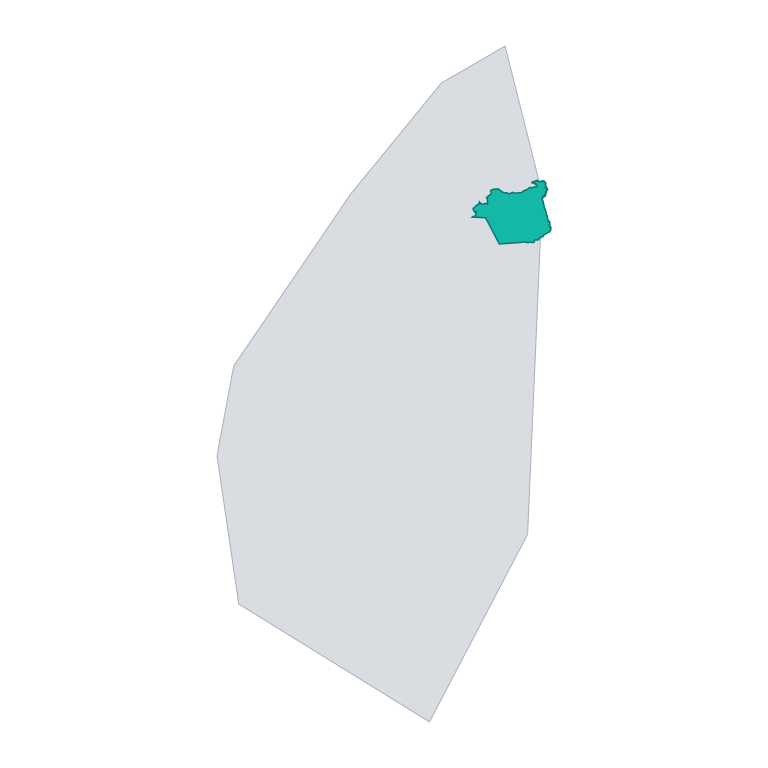 Des Barras, Dauphin, Saint Lucia (highlighted)
{"feature_id": "8701671B86108661761319", "entity_name": "Des Barras", "entity_type": "district", "adm_level": 2, "iso_a3": "LCA", "parent_name": "Saint Lucia", "parent_adm1": "Dauphin", "projection": "mercator", "projection_center": [-60.902, 14.001], "detail": "fine", "context": "in_parent", "style": "filled", "palette": "teal", "viewbox_px": 768, "rotation_deg": 0, "n_neighbors": 0, "source": "geoboundaries", "source_scale": "gbopen_adm2", "svg_char_len": 5424}
<svg xmlns="http://www.w3.org/2000/svg" viewBox="0 0 768 768"><path d="M527.6,534.3L429.5,721.9L238.8,604.1L217.0,455.9L233.7,366.0L350.4,194.4L441.4,83.0L505.1,46.1L542.3,194.1L527.6,534.3Z" fill="#d9dde1" stroke="#a8b0b8" stroke-width="1"/><path d="M487.9,222.1L499.3,244.0L521.1,242.4L522.7,242.0L523.4,242.0L524.0,242.2L525.9,242.2L526.7,242.3L527.7,242.8L528.2,242.8L528.4,242.7L529.3,242.0L529.9,242.0L530.4,242.3L532.2,242.6L532.7,242.6L533.3,242.5L533.6,242.4L534.0,242.1L534.5,241.5L534.7,240.2L535.0,239.9L535.5,239.8L536.9,239.9L537.5,240.1L537.8,239.9L538.0,239.7L538.5,239.7L539.4,238.3L539.5,237.9L541.4,237.3L542.1,236.8L543.1,236.5L543.1,236.1L543.3,235.7L543.5,235.2L544.1,234.8L544.9,234.2L545.2,234.1L546.0,233.8L546.9,233.3L547.7,232.6L548.4,232.3L549.4,232.0L549.7,231.7L550.0,231.0L550.9,229.7L550.9,229.4L550.9,229.1L550.7,228.5L550.6,228.3L550.5,228.2L550.6,227.8L550.8,227.7L551.0,227.4L550.9,227.3L550.3,227.5L550.0,227.4L549.9,227.1L549.8,226.8L550.0,226.7L550.3,226.7L550.2,226.3L550.1,226.2L549.9,226.5L549.7,226.4L549.8,226.0L550.0,225.9L550.0,225.7L549.9,225.6L549.9,225.2L549.5,225.1L549.7,224.8L549.7,224.7L549.4,224.7L549.7,224.2L549.7,223.9L549.7,223.4L549.5,222.8L549.6,222.6L549.8,222.4L549.9,222.1L549.9,221.9L549.7,221.7L549.3,221.4L548.7,221.3L548.5,221.1L548.0,221.1L548.2,220.7L548.2,220.4L548.1,220.0L548.0,219.5L547.7,218.7L547.5,218.0L547.4,217.4L547.5,216.9L547.4,216.5L547.4,216.1L547.1,216.0L547.0,215.9L546.4,214.7L546.4,214.2L546.4,213.5L545.7,210.9L545.3,209.7L544.9,209.1L544.5,208.2L544.3,207.6L544.3,206.6L544.0,205.8L544.0,205.2L543.9,204.8L543.8,204.5L543.6,204.3L543.2,203.6L543.2,202.8L543.3,202.7L543.4,202.8L543.5,202.4L543.4,201.8L543.2,201.2L542.9,201.1L542.3,200.3L542.3,199.9L542.4,199.7L542.4,199.2L542.1,198.2L542.3,197.8L542.5,197.8L542.7,198.0L542.8,197.6L543.0,197.6L543.1,197.4L542.9,197.3L542.6,197.4L542.9,197.3L542.7,197.0L542.7,196.8L542.7,196.7L542.9,196.8L543.2,196.5L543.6,196.4L543.9,196.1L544.1,196.1L544.1,196.3L544.1,196.5L544.3,196.7L544.5,196.6L544.5,196.3L544.3,196.2L544.7,196.2L545.1,196.1L544.9,196.1L544.7,196.1L544.4,196.0L544.9,195.9L545.0,195.8L545.0,195.7L545.3,195.6L545.2,195.4L544.8,195.4L544.9,195.2L545.0,195.3L545.0,195.1L545.3,195.1L545.6,195.1L545.8,194.9L545.7,194.5L545.7,194.3L545.6,194.2L545.4,194.1L545.5,193.8L545.4,193.6L545.4,193.4L545.4,193.1L545.7,193.2L545.8,193.1L545.6,193.1L545.7,192.9L545.3,192.3L545.5,192.1L545.9,191.9L545.9,191.7L546.1,191.7L546.3,191.6L546.5,191.6L546.5,191.4L546.3,191.2L546.5,190.9L546.6,190.7L547.0,190.5L547.0,190.4L547.4,190.0L547.5,189.8L547.7,189.4L547.6,188.8L547.2,188.3L546.5,188.2L546.3,188.2L546.1,188.4L545.9,188.4L546.0,188.3L546.0,188.2L545.7,188.2L546.1,188.1L546.2,187.9L546.3,187.7L546.3,187.4L546.1,187.4L546.2,187.2L546.0,186.8L546.1,186.5L546.2,186.4L545.9,186.2L545.5,186.0L545.5,185.9L545.4,185.9L545.6,185.8L545.6,185.7L545.4,185.7L545.5,185.3L545.4,185.1L545.4,184.9L545.6,184.6L545.4,184.4L545.5,184.3L545.6,184.2L545.8,184.1L545.7,183.6L545.8,183.4L545.6,183.2L545.4,183.2L545.4,182.7L545.2,182.4L545.3,182.3L545.3,182.2L545.1,182.1L545.0,182.3L544.9,182.1L545.0,182.1L544.8,181.9L544.7,181.9L544.1,181.7L544.5,181.7L544.4,181.3L543.9,181.2L543.7,181.3L543.7,181.5L543.2,181.6L542.9,181.5L542.7,181.4L542.7,181.2L543.0,181.1L543.2,180.9L542.9,180.8L542.8,180.7L542.7,180.7L542.3,181.0L541.9,180.8L541.2,181.3L541.0,181.5L540.7,181.5L540.3,181.7L540.2,181.7L540.1,181.9L539.8,181.8L539.6,181.9L538.9,181.4L538.3,180.9L538.0,180.6L537.9,180.6L537.2,180.9L536.7,181.0L536.6,180.9L536.5,180.6L536.4,180.7L536.1,180.7L535.2,181.0L534.7,181.2L534.2,181.6L533.7,181.8L533.0,181.8L532.1,182.1L532.2,183.1L532.7,183.1L533.5,183.0L534.7,183.0L534.8,183.1L534.6,183.4L534.7,183.6L535.3,183.5L535.5,183.8L535.3,184.0L535.3,184.3L535.6,184.6L536.3,184.5L536.6,184.7L536.8,185.3L536.9,186.3L536.4,186.6L535.1,186.8L533.0,187.3L531.8,187.7L529.5,187.5L528.7,188.2L528.0,189.0L526.7,189.7L524.9,190.3L524.1,190.6L523.3,191.1L522.3,192.1L521.0,192.7L519.8,192.8L517.3,192.9L515.8,193.0L514.8,193.2L514.2,193.2L513.4,192.7L512.6,192.3L511.8,192.6L510.9,193.2L509.8,193.6L508.6,193.6L508.1,193.5L507.2,192.8L504.4,192.8L503.4,192.4L502.7,192.1L502.1,192.0L501.9,191.7L501.4,191.1L500.7,190.8L500.4,190.4L500.0,190.4L499.6,189.9L499.1,189.5L498.7,189.4L498.6,189.1L498.4,189.0L497.9,189.0L497.6,188.9L496.9,189.1L496.4,189.1L495.9,188.9L495.5,188.9L494.4,189.3L493.9,189.4L493.4,189.3L493.1,189.4L492.6,189.5L492.1,189.6L491.4,189.9L490.9,190.5L490.7,190.6L490.5,190.8L491.0,191.9L491.3,193.1L491.1,193.5L490.5,194.3L489.6,195.1L488.7,195.7L488.0,196.1L487.5,197.0L487.2,197.3L486.5,197.6L486.7,197.9L487.1,198.1L487.3,198.3L487.2,199.2L487.4,199.8L487.3,200.3L487.3,200.5L487.5,200.9L487.7,201.5L487.7,201.9L487.6,202.7L487.8,204.0L487.6,204.0L487.2,203.8L486.9,203.8L486.5,203.6L485.9,203.2L484.0,204.0L482.0,204.1L480.0,202.7L479.6,202.2L479.6,202.3L479.7,202.7L479.6,203.4L479.5,203.8L479.4,204.0L478.9,203.5L478.8,204.0L478.5,204.2L478.1,204.5L477.4,204.7L476.9,205.1L476.5,205.2L476.0,205.9L474.2,207.5L473.7,208.1L473.7,208.7L473.5,208.8L473.2,208.7L473.3,209.8L473.5,210.5L474.6,212.0L474.9,212.2L475.0,212.2L475.7,212.0L476.3,211.7L476.5,211.6L476.5,212.0L475.9,212.6L475.6,213.4L475.6,213.8L475.8,215.0L475.6,215.3L475.5,215.5L475.1,215.9L474.8,216.1L473.1,216.5L472.3,217.1L485.7,217.8L486.2,219.4L487.9,222.1Z" fill="#14b8a6" stroke="#0f766e" stroke-width="1.5"/></svg>